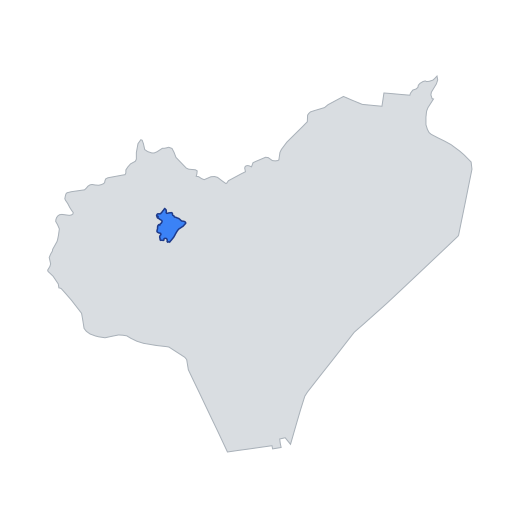 Daquq, At-Ta'mim, Iraq (highlighted), rotated 276°
{"feature_id": "34846034B46783343918511", "entity_name": "Daquq", "entity_type": "district", "adm_level": 2, "iso_a3": "IRQ", "parent_name": "Iraq", "parent_adm1": "At-Ta'mim", "projection": "natural_earth1", "projection_center": [44.248, 34.995], "detail": "fine", "context": "in_parent", "style": "filled", "palette": "blue", "viewbox_px": 512, "rotation_deg": 276, "n_neighbors": 0, "source": "geoboundaries", "source_scale": "gbopen_adm2", "svg_char_len": 4994}
<svg xmlns="http://www.w3.org/2000/svg" viewBox="0 0 512 512"><g transform="rotate(276 256 256)"><path d="M203.7,63.3L207.5,62.3L214.7,56.3L218.9,50.8L220.2,50.3L224.0,52.1L226.7,52.6L232.9,50.5L236.5,51.6L239.6,53.0L241.4,53.1L249.6,56.6L251.7,57.0L256.0,57.4L262.4,57.6L266.5,55.3L269.4,53.2L271.4,53.2L273.4,53.7L275.1,54.7L276.5,56.3L277.1,58.6L276.9,66.1L277.5,68.1L278.6,69.5L280.1,69.7L281.8,68.1L284.8,65.7L288.6,63.2L291.4,60.8L292.9,59.9L295.5,60.1L297.9,60.5L299.3,61.6L299.3,62.0L300.6,65.5L303.9,78.6L305.8,80.2L307.9,81.6L309.4,83.5L310.0,85.5L309.8,88.5L309.9,92.1L310.8,94.7L312.0,96.8L313.2,97.8L314.9,97.9L316.9,98.4L318.3,100.5L322.7,115.4L323.2,117.3L325.0,117.9L328.0,117.6L331.1,119.2L334.5,121.6L337.6,126.1L339.8,126.9L346.3,126.2L355.4,126.9L359.6,129.3L359.2,130.7L355.9,132.3L350.2,134.2L348.5,137.4L347.6,141.6L347.8,143.9L349.2,146.5L353.3,151.6L353.5,153.5L354.3,156.0L355.0,157.8L354.2,161.2L350.6,163.6L345.7,166.1L336.1,177.5L335.3,180.0L335.4,186.7L334.5,188.6L331.4,188.6L329.0,188.2L328.9,190.6L327.3,193.7L326.5,196.5L330.1,202.9L330.7,206.4L330.2,209.5L326.9,214.9L324.9,218.5L325.4,219.3L328.0,220.7L336.1,232.6L338.7,236.7L342.1,235.6L343.4,235.7L344.4,236.4L345.0,237.8L345.0,239.5L344.2,242.2L348.5,243.3L350.1,246.0L355.2,255.2L355.1,257.9L352.6,262.3L352.6,265.2L353.2,267.8L354.0,268.7L361.5,269.0L364.6,270.1L372.5,274.8L381.3,282.0L388.6,288.0L394.9,293.0L401.5,292.6L403.3,293.6L405.0,295.1L406.9,299.3L410.8,308.7L414.0,311.8L419.1,319.3L423.8,326.3L420.8,335.9L417.9,345.8L418.0,358.7L418.1,365.6L424.5,365.9L431.5,366.2L431.7,374.4L431.8,382.7L432.0,392.2L434.0,392.6L437.4,394.6L438.8,397.7L440.6,399.4L442.8,399.6L444.9,401.1L447.0,403.9L447.8,406.0L447.3,407.4L447.8,409.9L449.3,413.4L451.1,415.1L453.9,417.2L450.1,418.3L446.0,417.4L437.3,413.3L434.5,413.1L430.9,414.7L430.7,416.1L421.5,411.5L418.2,410.6L417.0,410.5L411.8,410.5L404.3,411.3L399.9,413.2L396.9,415.2L395.5,417.2L395.0,418.3L392.7,424.1L390.0,431.5L387.2,438.2L381.6,447.7L378.6,452.0L372.0,460.1L364.9,461.7L348.2,460.1L329.8,458.4L311.5,456.6L297.9,455.3L296.8,454.8L283.3,443.3L272.7,434.2L259.4,422.8L245.8,411.1L232.1,399.3L222.2,390.7L210.1,379.7L199.1,369.7L190.5,361.7L179.4,354.8L170.7,349.4L158.1,341.5L148.0,335.1L139.4,329.7L126.1,321.4L121.7,319.2L107.9,316.4L94.8,314.0L81.3,311.6L72.3,310.0L78.3,304.0L76.5,298.7L72.2,299.7L68.2,301.0L65.9,292.7L69.0,291.7L66.3,280.9L63.5,269.8L60.9,259.1L58.1,248.1L69.7,241.1L78.3,235.9L90.3,228.5L101.9,221.4L112.9,214.7L125.0,207.2L135.8,200.6L145.7,197.9L147.8,195.8L152.4,186.7L156.3,179.0L156.5,177.2L156.6,166.2L157.4,153.3L158.8,146.4L161.0,140.3L163.1,135.8L163.3,131.7L163.1,127.5L161.1,121.1L158.9,114.4L159.2,108.0L159.7,104.6L161.1,99.1L163.4,95.1L166.0,92.6L175.3,90.1L180.8,88.5L188.2,81.4L192.6,77.2L198.8,70.6L203.3,65.6L203.7,63.9L203.7,63.3Z" fill="#d9dde1" stroke="#a8b0b8" stroke-width="1"/><path d="M282.7,181.7L282.8,181.3L282.9,180.7L283.0,180.1L283.0,179.5L283.0,179.0L283.0,178.6L283.3,178.0L284.0,177.0L284.3,176.7L284.8,175.9L285.1,175.6L285.2,175.3L285.6,173.9L285.8,173.0L286.0,172.6L286.1,172.3L286.2,171.1L286.4,170.7L286.9,170.4L287.3,170.2L287.8,168.9L288.5,168.6L289.0,168.5L289.6,168.4L290.2,167.8L290.3,167.7L290.2,167.0L290.1,166.4L289.8,165.0L289.7,164.7L289.3,163.8L289.2,163.2L289.1,162.7L289.4,162.4L289.6,162.2L289.8,162.1L290.3,162.1L290.5,162.2L290.8,162.2L291.2,162.1L291.5,162.0L291.7,161.9L291.8,161.9L292.3,161.9L293.2,160.9L293.7,160.3L293.7,160.2L293.0,159.8L292.1,159.3L291.7,159.1L291.1,158.6L290.6,158.3L290.2,158.1L289.5,157.7L289.2,157.4L288.7,157.0L288.2,156.8L287.9,156.2L287.8,155.3L287.8,154.8L287.6,153.7L287.2,153.4L286.9,153.2L286.1,152.9L285.9,152.9L285.4,153.1L285.4,153.9L285.2,154.4L284.7,154.6L284.4,154.4L284.4,154.1L284.2,153.7L283.7,154.0L283.4,154.4L283.3,154.9L283.1,155.2L282.9,155.9L282.7,156.1L282.3,156.6L282.1,157.3L281.9,157.6L281.7,158.0L281.5,158.4L281.3,158.7L280.6,159.0L279.7,158.8L279.6,158.6L279.1,158.5L278.7,158.4L278.5,158.0L278.1,157.6L277.7,157.3L277.2,157.3L276.7,157.1L276.9,156.8L277.0,156.4L277.0,156.0L276.7,155.8L276.2,155.4L275.7,155.2L275.2,155.1L274.8,155.1L274.7,155.2L274.3,155.1L273.2,155.2L272.5,155.2L271.8,155.0L270.9,154.9L269.9,155.0L269.4,155.5L269.1,156.2L268.8,156.9L268.7,157.9L268.6,158.7L267.9,159.1L267.3,159.2L266.6,158.7L265.9,158.3L265.0,158.2L263.9,158.4L263.6,158.8L262.7,158.8L261.9,159.1L261.6,159.4L261.8,160.0L261.8,160.6L261.8,161.6L261.8,162.3L262.2,162.7L262.8,162.7L263.5,162.7L264.0,163.3L264.1,164.1L264.0,165.1L263.1,165.9L262.7,166.0L262.0,166.1L261.1,166.1L260.5,166.8L260.7,167.2L261.0,167.6L261.0,168.4L260.8,168.7L261.6,169.2L262.5,169.8L263.0,170.2L264.1,170.9L264.7,171.3L265.5,171.8L266.1,172.2L267.3,172.7L267.9,173.0L269.3,173.5L271.5,174.5L272.0,174.7L273.6,175.6L274.8,176.4L275.3,177.1L276.4,178.4L277.4,179.6L277.8,180.2L278.3,180.6L279.3,181.3L280.2,182.0L281.0,182.5L281.4,182.7L281.9,182.5L282.5,181.9L282.7,181.7Z" fill="#3b82f6" stroke="#1e3a8a" stroke-width="1.5"/></g></svg>